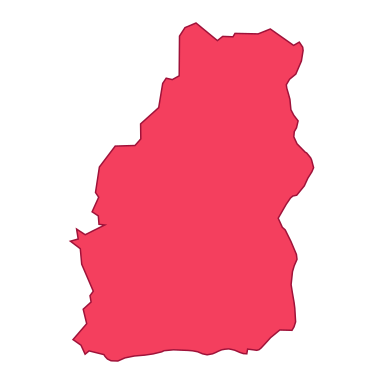 Novo Selo, Novo Selo, North Macedonia (Mercator projection)
{"feature_id": "65306769B50594974244279", "entity_name": "Novo Selo", "entity_type": "district", "adm_level": 2, "iso_a3": "MKD", "parent_name": "North Macedonia", "parent_adm1": "Novo Selo", "projection": "mercator", "projection_center": [22.902, 41.433], "detail": "fine", "context": "isolated", "style": "filled", "palette": "rose", "viewbox_px": 384, "rotation_deg": 0, "n_neighbors": 0, "source": "geoboundaries", "source_scale": "gbopen_adm2", "svg_char_len": 1586}
<svg xmlns="http://www.w3.org/2000/svg" viewBox="0 0 384 384"><path d="M179.5,36.1L179.2,75.8L172.3,79.6L166.2,78.2L162.7,83.4L158.7,107.6L140.6,123.9L140.8,138.9L135.0,145.5L115.2,146.1L99.4,167.0L95.5,192.5L98.7,197.2L92.1,211.8L98.3,215.9L99.0,224.3L104.7,225.0L85.2,234.7L76.6,229.1L78.2,239.0L70.4,241.2L80.3,248.7L81.7,264.2L93.3,291.2L90.0,295.7L91.1,302.0L83.2,309.2L86.7,323.7L73.0,339.6L81.0,345.2L85.1,354.2L89.1,350.9L103.9,354.6L105.1,356.5L107.4,359.0L110.9,360.7L112.0,360.8L117.9,361.0L124.9,357.9L134.3,356.0L144.8,355.1L153.1,353.9L161.8,351.8L164.0,350.7L173.5,349.8L187.9,350.4L192.7,350.8L197.8,351.8L202.5,353.8L207.1,354.8L212.6,353.8L215.7,352.5L218.3,351.2L221.7,349.8L225.0,349.2L228.8,348.9L231.8,349.5L234.7,350.2L239.8,352.4L243.4,353.6L246.8,353.8L247.6,349.1L253.2,349.8L256.7,350.3L259.0,349.7L261.1,348.0L265.1,343.7L270.6,337.6L279.8,330.0L292.0,330.3L294.0,326.9L295.6,321.9L294.8,308.3L294.1,302.7L292.3,292.3L291.1,284.6L292.5,271.6L294.2,265.8L296.6,260.3L297.0,259.3L296.4,254.4L290.9,241.4L285.2,229.9L282.3,227.3L278.2,218.2L284.0,208.1L286.2,204.3L290.5,198.0L292.9,196.0L296.7,195.2L304.3,185.9L307.9,178.1L311.8,171.9L313.6,167.7L311.6,160.0L310.6,157.8L306.7,153.0L305.2,152.2L297.0,143.8L293.8,136.8L294.3,131.6L296.5,127.8L298.1,120.9L293.8,115.3L290.9,109.7L289.9,99.3L288.5,94.1L286.8,88.3L286.3,84.8L289.6,79.2L295.8,74.1L301.4,61.0L303.1,50.5L302.7,47.2L299.3,42.1L293.6,45.4L270.3,29.0L258.1,33.9L235.0,33.4L233.0,36.8L222.7,36.4L217.4,40.6L196.0,23.0L185.0,27.6L179.5,36.1Z" fill="#f43f5e" stroke="#9f1239" stroke-width="1.5"/></svg>